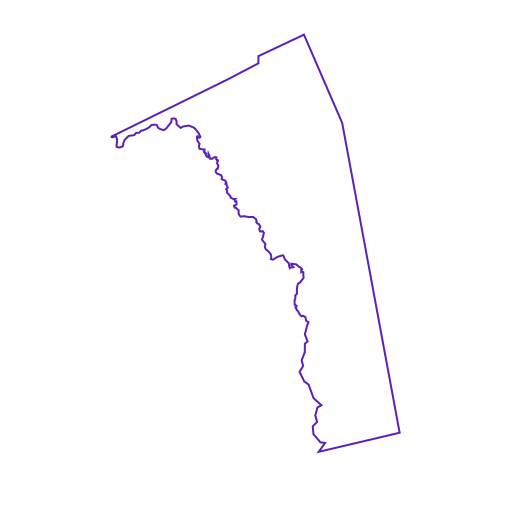 outline of Jasper, Texas, United States of America, rotated 347°
{"feature_id": "52423323B15193843372165", "entity_name": "Jasper", "entity_type": "district", "adm_level": 2, "iso_a3": "USA", "parent_name": "United States of America", "parent_adm1": "Texas", "projection": "mercator", "projection_center": [-94.183, 30.7], "detail": "fine", "context": "isolated", "style": "outline", "palette": "violet", "viewbox_px": 512, "rotation_deg": 347, "n_neighbors": 0, "source": "geoboundaries", "source_scale": "gbopen_adm2", "svg_char_len": 2753}
<svg xmlns="http://www.w3.org/2000/svg" viewBox="0 0 512 512"><g transform="rotate(347 256 256)"><path d="M352.5,51.1L303.3,61.8L301.7,68.8L268.4,77.5L142.2,107.1L142.1,107.7L142.8,108.0L144.7,107.9L146.4,107.2L146.9,111.5L145.2,116.5L144.7,118.3L147.5,119.7L150.9,119.1L151.9,117.1L152.0,116.1L151.8,116.2L152.8,115.3L154.1,113.3L158.9,110.4L164.6,110.8L166.8,109.1L169.9,109.6L172.3,108.0L174.6,108.2L179.6,107.1L182.0,106.0L183.6,104.9L186.3,105.1L188.7,105.9L189.5,109.1L191.3,110.9L194.5,112.6L197.2,111.6L203.5,106.5L204.7,103.3L207.1,103.5L208.5,104.3L208.9,107.1L208.2,109.6L211.4,114.2L214.5,113.4L219.9,113.8L224.3,116.9L225.7,119.0L227.8,123.6L228.6,127.5L227.6,128.0L226.4,127.6L226.0,126.2L225.4,126.4L225.0,127.1L224.9,130.9L226.3,134.1L225.1,135.8L225.0,138.7L227.9,140.1L229.9,140.6L229.5,141.8L228.7,142.8L229.2,143.9L229.9,143.8L230.4,144.9L229.7,145.4L229.9,146.7L230.4,148.1L231.6,149.0L232.1,147.7L232.7,145.8L233.0,147.2L233.2,149.5L233.2,150.9L235.0,151.5L237.0,150.5L238.7,150.5L239.6,151.0L238.9,152.0L239.3,153.6L240.2,153.8L240.3,154.8L238.9,156.4L239.6,159.7L238.9,161.3L238.1,162.5L237.5,162.2L236.0,163.6L235.7,165.0L236.4,166.9L238.3,168.1L240.4,169.5L240.5,171.7L239.9,173.4L241.4,174.6L242.8,175.3L243.6,177.4L242.9,177.8L242.5,178.9L243.5,179.3L243.3,180.8L243.9,183.1L242.0,184.1L242.5,185.6L242.1,187.8L244.5,192.0L244.6,193.6L246.6,195.3L248.6,195.8L247.8,196.3L247.8,198.1L249.1,198.3L248.9,200.6L248.4,201.5L245.8,202.1L246.2,204.2L247.3,204.5L248.9,207.0L249.4,207.6L248.6,210.6L248.9,212.4L249.9,214.2L253.5,214.6L257.6,216.4L261.9,217.3L264.1,219.8L264.5,222.2L263.9,223.0L264.7,224.7L265.9,225.4L266.9,228.4L265.2,230.3L265.4,232.8L267.1,233.5L268.1,233.2L268.9,235.3L267.9,237.4L265.5,241.5L267.9,246.4L266.7,248.8L267.0,251.6L269.3,254.5L270.8,257.9L270.7,260.5L269.8,262.4L271.9,263.4L276.3,261.8L280.8,261.3L282.7,261.6L283.2,263.9L283.4,265.9L286.4,270.6L286.0,273.4L286.3,275.4L286.8,275.0L288.8,275.2L289.9,275.2L289.2,273.8L288.3,272.4L288.7,271.5L290.5,272.1L293.3,273.2L295.3,275.9L297.2,277.9L297.9,279.2L296.9,279.7L296.5,281.8L296.7,281.7L296.9,281.1L298.5,282.4L297.7,285.7L297.6,287.4L297.3,288.2L295.9,289.3L293.0,291.7L290.7,292.4L289.5,294.5L288.4,297.5L287.3,302.2L285.4,303.2L285.0,305.7L283.6,308.0L282.7,312.0L284.3,313.6L283.8,314.7L282.9,314.8L283.5,317.4L284.8,320.1L285.2,322.2L286.7,325.0L288.2,324.7L290.4,326.6L290.3,330.5L292.2,332.2L291.7,333.5L290.7,334.2L286.0,343.3L287.0,350.9L283.9,352.4L281.9,360.7L277.0,367.9L277.2,373.7L272.4,378.7L274.8,389.1L278.3,393.0L280.1,407.5L286.2,416.1L281.8,417.4L277.9,424.7L278.2,431.4L273.0,434.7L271.9,442.5L276.9,452.1L281.2,453.7L273.1,460.9L356.2,460.5L369.9,145.7L352.5,51.1Z" fill="none" stroke="#5b21b6" stroke-width="2"/></g></svg>